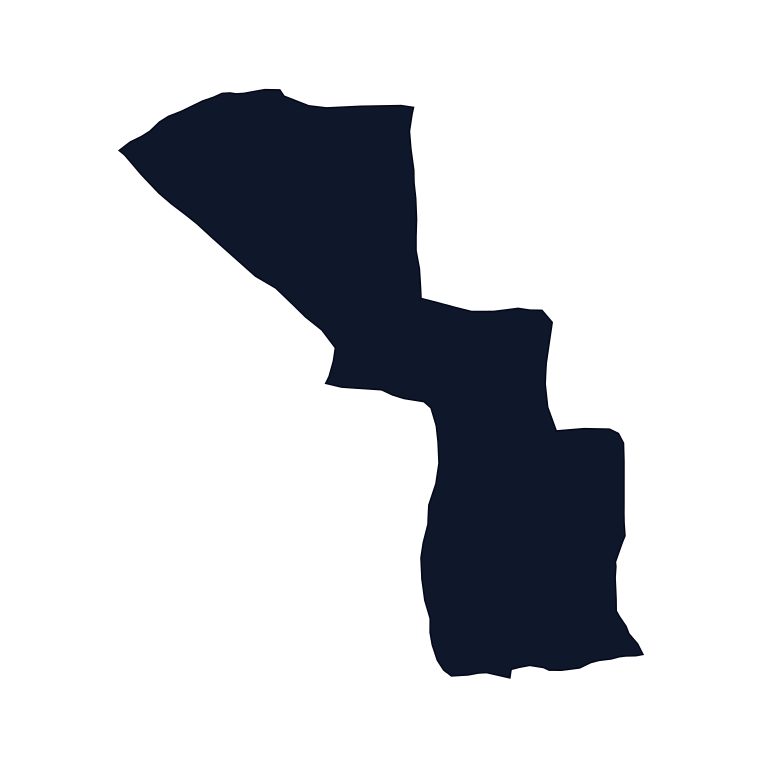 Esan North-East, Edo, Nigeria (Robinson projection), rotated 279°
{"feature_id": "59680162B23598949397905", "entity_name": "Esan North-East", "entity_type": "district", "adm_level": 2, "iso_a3": "NGA", "parent_name": "Nigeria", "parent_adm1": "Edo", "projection": "robinson", "projection_center": [6.377, 6.787], "detail": "fine", "context": "isolated", "style": "filled", "palette": "ink", "viewbox_px": 768, "rotation_deg": 279, "n_neighbors": 0, "source": "geoboundaries", "source_scale": "gbopen_adm2", "svg_char_len": 2086}
<svg xmlns="http://www.w3.org/2000/svg" viewBox="0 0 768 768"><g transform="rotate(279 384 384)"><path d="M661.8,369.9L661.7,357.4L658.2,337.6L654.7,317.7L647.7,284.0L647.0,266.1L652.7,240.2L658.2,235.1L656.1,220.2L652.7,210.3L649.2,200.4L647.4,192.5L647.4,186.5L645.7,178.6L640.5,170.7L635.3,160.8L628.4,150.9L621.5,141.0L614.6,129.2L607.7,121.3L598.1,114.0L597.3,113.5L590.4,105.6L583.5,95.7L580.1,92.4L573.2,85.9L569.7,91.9L562.9,99.9L552.6,111.9L537.2,132.0L528.6,146.0L520.0,162.0L513.2,174.0L501.2,192.1L485.8,216.1L470.4,240.1L461.8,262.1L446.4,284.2L437.8,296.2L427.6,314.2L412.1,330.3L403.5,330.4L398.4,330.4L382.9,328.6L375.5,326.3L374.3,342.6L374.7,347.3L375.6,357.3L376.0,361.5L377.9,382.4L374.5,394.3L373.0,404.7L372.8,406.3L372.8,420.2L372.8,426.2L367.7,434.2L352.8,441.3L350.5,442.3L335.0,446.5L314.4,450.7L301.2,450.8L293.7,450.9L271.4,447.2L256.9,448.8L252.4,449.4L248.8,449.0L248.4,449.0L233.5,447.6L218.0,447.7L214.7,448.4L211.7,449.0L198.7,451.7L197.4,451.9L195.5,452.5L182.2,456.5L176.8,458.1L159.6,466.3L145.8,468.4L133.8,472.5L119.5,479.9L110.9,487.6L109.4,490.1L108.7,491.8L106.2,496.2L109.8,512.6L110.8,515.5L113.3,522.5L115.0,530.4L113.9,547.1L113.4,554.3L122.0,554.2L125.4,562.1L128.9,572.0L128.9,574.1L128.9,585.7L128.9,586.0L127.2,591.9L129.0,603.9L130.7,609.8L132.5,616.0L134.2,621.7L141.1,631.6L144.6,639.5L148.0,651.4L151.5,659.3L153.2,665.3L155.0,675.2L157.4,682.1L167.0,675.1L175.6,665.0L182.5,661.0L186.2,657.5L191.1,652.9L196.2,648.9L197.8,648.6L208.3,646.8L228.9,642.6L240.1,641.6L244.4,640.4L265.0,644.2L271.7,645.8L284.2,642.9L294.9,641.0L298.4,640.5L306.7,639.2L320.0,637.1L344.8,633.2L363.1,629.8L371.8,623.3L374.7,613.8L371.2,588.5L364.6,561.5L375.0,555.8L386.7,549.3L409.3,543.2L421.7,541.8L429.9,541.0L452.3,540.7L471.2,540.5L481.5,528.5L479.8,516.5L479.7,504.6L476.2,492.7L472.8,480.8L469.3,459.0L470.9,441.0L472.6,425.1L474.3,407.2L484.6,405.1L503.5,400.9L520.7,394.8L534.5,392.6L551.7,390.4L572.3,386.3L587.8,382.1L599.8,380.0L620.4,373.8L637.6,369.6L654.8,369.5L661.8,369.9Z" fill="#0f172a" stroke="#020617" stroke-width="1.5"/></g></svg>